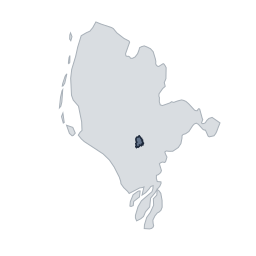 location of Vijfheerenlanden, Zuid-Holland, Netherlands, rotated 289°
{"feature_id": "6326949B1292857189709", "entity_name": "Vijfheerenlanden", "entity_type": "district", "adm_level": 2, "iso_a3": "NLD", "parent_name": "Netherlands", "parent_adm1": "Zuid-Holland", "projection": "robinson", "projection_center": [5.057, 51.93], "detail": "fine", "context": "in_parent", "style": "filled", "palette": "slate", "viewbox_px": 256, "rotation_deg": 289, "n_neighbors": 0, "source": "geoboundaries", "source_scale": "gbopen_adm2", "svg_char_len": 4797}
<svg xmlns="http://www.w3.org/2000/svg" viewBox="0 0 256 256"><g transform="rotate(289 128 128)"><path d="M162.8,213.3L158.0,213.1L153.5,213.0L151.2,212.7L148.6,211.8L147.5,210.0L146.1,207.7L146.4,206.4L150.6,202.5L151.3,201.4L150.8,200.8L151.2,199.1L154.4,193.3L154.8,191.0L153.4,189.4L151.3,188.4L144.5,186.7L141.3,184.3L139.8,182.2L138.3,181.6L136.1,182.3L130.5,183.1L125.9,181.9L120.6,177.9L119.3,174.3L118.7,171.6L117.3,170.6L115.5,172.0L113.2,174.3L108.7,174.5L107.4,174.0L107.2,172.8L107.0,171.6L105.7,170.1L104.4,169.3L98.6,173.5L96.5,173.4L93.8,171.9L92.5,170.3L89.6,171.2L86.9,173.1L87.8,176.7L86.4,177.3L83.1,177.0L79.5,175.5L75.3,174.6L69.1,172.2L60.4,174.2L54.4,171.8L49.4,171.5L46.3,169.6L43.0,166.4L45.4,164.3L47.7,163.5L56.9,163.1L63.5,164.4L75.5,171.4L78.5,171.4L81.7,170.5L80.1,168.6L77.1,167.7L72.7,165.8L69.1,163.1L77.5,162.3L76.3,160.9L75.2,158.6L66.5,150.4L68.0,148.2L70.2,143.4L73.0,139.5L75.2,138.4L78.8,135.7L86.7,127.5L91.7,120.8L95.4,112.9L100.9,91.1L102.5,87.4L105.1,83.3L108.4,84.1L110.7,85.3L118.7,82.2L132.5,74.1L136.6,67.1L140.6,63.9L156.4,57.6L165.1,55.7L178.6,55.2L188.3,54.1L200.0,53.7L204.5,57.6L207.1,60.4L211.3,62.0L217.8,63.1L217.5,68.7L217.6,79.9L217.2,81.8L214.3,86.5L211.4,95.0L210.6,100.5L209.7,101.6L197.4,101.5L195.6,102.5L195.4,103.7L196.0,105.1L195.7,106.5L194.8,107.7L195.3,109.5L197.5,111.6L201.4,112.9L205.6,113.0L207.7,112.8L209.3,114.3L210.9,116.6L210.8,119.5L210.3,123.4L208.3,127.0L202.6,131.1L200.1,132.6L197.7,133.3L196.6,134.4L196.0,135.8L196.2,137.0L200.3,140.3L200.2,141.1L199.0,142.8L197.5,144.4L187.0,147.8L182.7,147.5L180.2,149.2L179.4,149.6L176.7,148.0L170.5,146.2L168.2,146.8L167.0,147.8L163.1,149.0L160.4,150.9L160.4,153.2L165.3,159.4L167.0,160.6L167.1,162.9L169.5,165.8L172.0,169.5L172.2,171.8L172.0,174.1L170.7,177.4L166.5,185.2L166.5,186.7L166.9,187.8L168.3,188.1L169.4,188.7L169.1,189.7L161.2,195.1L160.2,196.0L156.8,195.8L156.3,196.7L156.8,198.1L158.1,199.4L160.9,200.1L163.4,201.4L165.4,204.1L162.8,213.3ZM79.5,175.5L78.7,177.8L76.9,180.3L70.6,183.8L64.1,186.1L60.8,185.9L58.5,184.6L57.3,183.4L53.8,182.1L49.0,181.5L46.0,182.8L43.9,184.1L42.0,183.9L40.6,182.8L39.6,181.2L38.2,176.1L41.8,175.1L49.5,174.8L55.5,176.6L63.3,177.4L69.3,175.0L74.0,177.1L79.5,175.5ZM66.6,154.6L71.1,157.8L72.1,158.9L72.4,160.0L66.6,161.3L60.4,157.3L56.3,158.2L54.8,156.4L54.8,155.2L59.1,154.2L66.6,154.6ZM110.6,75.6L106.0,79.8L103.2,78.7L102.4,77.7L103.8,74.4L110.6,69.0L110.6,75.6ZM131.0,57.0L126.7,57.4L124.7,56.6L135.1,54.2L141.7,53.5L142.9,53.8L131.0,57.0ZM158.9,52.6L149.8,53.6L146.7,52.9L146.2,52.2L148.7,51.8L156.5,51.7L158.9,52.3L158.9,52.6ZM120.9,61.6L112.4,65.9L111.6,65.2L117.2,61.4L120.9,61.6ZM196.1,45.3L191.9,45.5L193.1,43.9L197.0,42.7L199.2,42.7L196.1,45.3ZM177.6,49.5L171.1,51.6L169.6,51.1L169.9,50.5L175.6,49.3L177.6,49.5Z" fill="#d9dde1" stroke="#a8b0b8" stroke-width="1"/><path d="M124.3,141.1L124.2,141.0L123.8,140.9L123.4,140.9L123.2,140.9L122.9,140.7L122.7,140.5L122.7,140.4L122.6,140.2L122.5,139.8L122.5,139.7L122.4,139.5L122.3,139.4L122.1,139.3L121.9,139.3L121.5,139.2L121.3,139.1L121.2,139.0L120.9,139.0L120.7,139.0L120.3,139.0L120.2,139.0L119.9,139.1L119.7,139.2L119.7,139.3L119.2,139.4L119.0,139.5L118.8,139.7L118.6,139.8L118.4,140.0L118.2,140.0L117.9,140.3L117.7,140.5L117.6,140.8L117.4,140.9L117.4,141.0L117.1,141.0L116.9,140.9L116.7,140.8L116.5,140.7L116.3,140.6L116.2,140.5L116.0,140.4L115.9,140.4L115.8,140.5L115.6,140.5L115.4,140.6L115.2,140.8L115.0,141.0L114.8,141.2L114.8,141.3L114.7,141.4L114.6,141.5L114.4,141.6L114.2,141.6L113.9,141.5L113.7,141.4L113.3,141.3L113.2,141.3L112.9,141.4L112.8,141.5L112.7,141.6L112.6,141.8L112.4,142.1L112.6,142.1L112.7,142.3L112.8,142.5L113.0,143.4L113.2,143.2L113.3,143.2L113.5,143.2L113.6,143.4L113.6,143.5L113.7,143.8L113.8,144.2L114.0,144.2L114.1,144.3L114.2,144.5L114.3,144.5L114.6,144.6L114.6,145.0L114.7,145.3L114.7,145.2L115.3,145.0L115.5,145.0L115.6,144.9L115.6,145.0L115.7,145.3L115.7,145.5L115.7,145.8L115.8,146.0L115.7,146.2L115.7,146.3L115.6,146.5L115.8,146.6L117.0,146.2L117.0,146.3L117.0,146.5L116.9,146.6L117.0,146.7L116.9,146.8L116.9,147.0L117.0,147.0L117.2,147.3L117.1,147.5L117.4,147.5L117.6,147.5L117.8,147.5L118.0,147.5L118.3,147.6L118.6,147.6L118.8,147.5L118.8,147.4L118.7,147.3L118.6,147.2L118.4,147.2L118.3,146.9L118.4,146.7L118.5,146.7L118.8,146.6L119.0,146.6L119.3,146.6L119.6,146.6L119.8,146.4L119.9,146.2L120.0,146.1L120.0,145.9L120.1,145.7L120.3,145.7L120.4,145.8L120.5,145.8L120.8,145.7L120.9,145.8L121.0,145.8L121.2,145.7L121.3,145.7L121.4,145.4L121.3,145.2L121.5,145.2L122.0,144.3L122.1,144.2L122.3,144.2L122.2,144.0L122.4,143.7L122.5,143.7L122.8,143.4L122.8,143.2L123.0,143.1L123.1,142.9L123.2,142.7L123.3,142.7L123.5,142.3L123.6,142.1L123.8,141.9L124.0,141.6L124.3,141.2L124.3,141.1Z" fill="#64748b" stroke="#1e293b" stroke-width="1.5"/></g></svg>